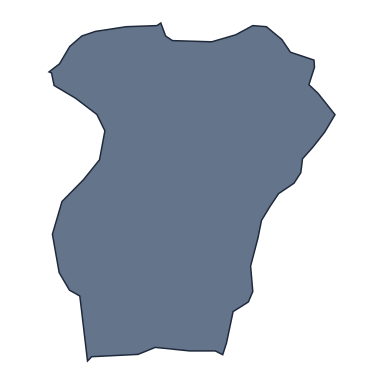 outline of Färgelanda, Västra Götaland, Sweden
{"feature_id": "70781695B86197919704884", "entity_name": "Färgelanda", "entity_type": "district", "adm_level": 2, "iso_a3": "SWE", "parent_name": "Sweden", "parent_adm1": "Västra Götaland", "projection": "robinson", "projection_center": [12.057, 58.624], "detail": "fine", "context": "isolated", "style": "filled", "palette": "slate", "viewbox_px": 384, "rotation_deg": 0, "n_neighbors": 0, "source": "geoboundaries", "source_scale": "gbopen_adm2", "svg_char_len": 774}
<svg xmlns="http://www.w3.org/2000/svg" viewBox="0 0 384 384"><path d="M222.7,354.7L226.5,343.0L233.1,311.6L248.4,301.9L252.8,291.5L250.6,266.1L258.0,237.8L261.5,220.4L270.0,206.4L278.6,193.6L294.0,183.2L300.8,172.7L301.4,168.0L302.5,158.8L312.8,147.2L324.7,132.1L335.0,114.7L318.0,93.3L308.9,84.7L314.5,67.2L314.0,60.1L290.4,52.2L281.8,39.5L266.4,26.7L252.8,25.6L235.7,34.8L211.7,41.8L172.4,40.6L165.6,36.0L160.8,23.0L157.0,25.6L126.2,26.7L95.4,31.4L81.8,36.0L69.8,46.4L59.5,63.8L49.0,71.9L51.5,72.9L54.1,85.5L75.5,98.2L96.9,114.5L104.9,130.8L99.5,159.8L83.4,179.8L62.0,201.5L52.4,234.3L59.2,272.7L69.5,290.2L79.8,296.0L81.5,310.0L87.5,361.0L91.7,356.7L138.0,354.4L155.2,347.4L189.5,350.9L215.2,350.9L222.7,354.7Z" fill="#64748b" stroke="#1e293b" stroke-width="1.5"/></svg>